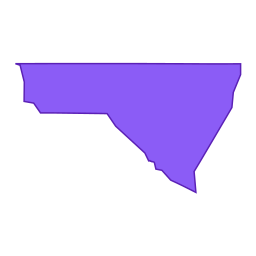 Monongalia, West Virginia, United States of America (Equal Earth projection)
{"feature_id": "52423323B42604268610019", "entity_name": "Monongalia", "entity_type": "district", "adm_level": 2, "iso_a3": "USA", "parent_name": "United States of America", "parent_adm1": "West Virginia", "projection": "equal_earth", "projection_center": [-80.046, 39.578], "detail": "fine", "context": "isolated", "style": "filled", "palette": "violet", "viewbox_px": 256, "rotation_deg": 0, "n_neighbors": 0, "source": "geoboundaries", "source_scale": "gbopen_adm2", "svg_char_len": 625}
<svg xmlns="http://www.w3.org/2000/svg" viewBox="0 0 256 256"><path d="M195.9,192.4L194.1,171.5L200.3,161.2L211.3,142.6L224.1,120.8L231.9,107.5L233.3,92.4L240.6,74.6L240.6,63.8L225.4,63.9L210.1,63.9L188.4,63.8L133.7,63.6L77.0,63.6L54.0,63.6L53.7,63.6L15.4,63.7L20.1,65.2L24.3,82.0L24.1,101.4L33.7,103.1L40.5,112.9L52.5,112.9L100.9,113.5L107.1,113.6L115.7,126.2L144.9,153.0L148.7,160.9L149.9,160.6L150.2,160.8L150.3,161.2L151.1,161.2L151.8,161.7L152.4,161.6L152.6,161.8L153.3,161.8L154.1,162.2L154.4,162.7L155.9,169.1L161.9,170.3L170.7,180.1L180.7,184.8L195.9,192.4Z" fill="#8b5cf6" stroke="#5b21b6" stroke-width="1.5"/></svg>